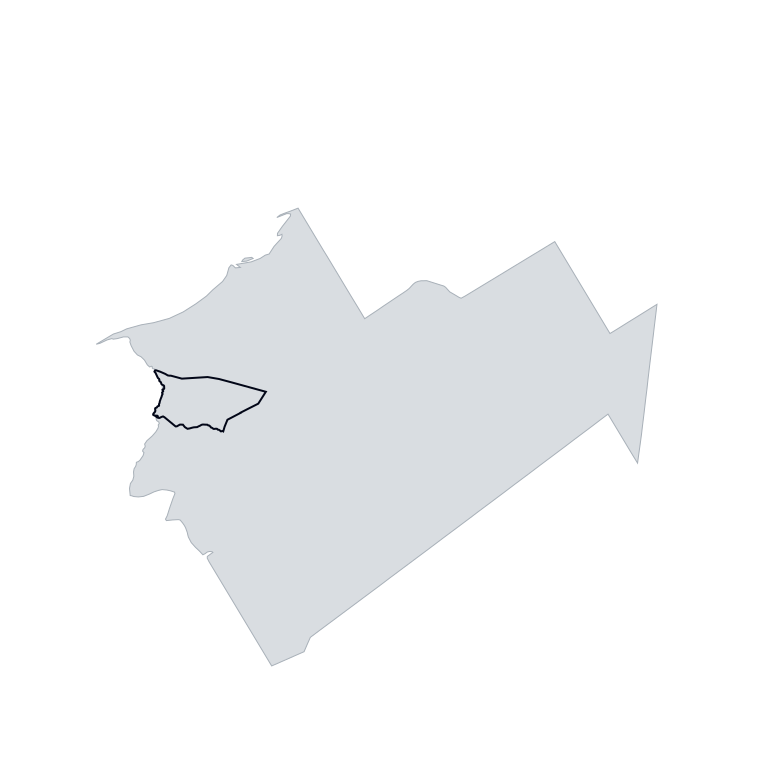 where Brakna sits in Mauritania, rotated 59°
{"feature_id": "MRT-2784", "entity_name": "Brakna", "entity_type": "Region", "adm_level": 1, "iso_a3": "MRT", "parent_name": "Mauritania", "parent_adm1": "", "projection": "equal_earth", "projection_center": [-13.723, 17.338], "detail": "fine", "context": "in_parent", "style": "outline", "palette": "ink", "viewbox_px": 768, "rotation_deg": 59, "n_neighbors": 0, "source": "natural_earth", "source_scale": "10m", "svg_char_len": 5148}
<svg xmlns="http://www.w3.org/2000/svg" viewBox="0 0 768 768"><g transform="rotate(59 384 384)"><path d="M343.0,656.2L342.3,655.8L338.7,652.6L337.0,648.8L334.2,645.9L330.4,644.0L327.9,641.8L326.7,639.3L325.3,637.7L323.8,636.8L323.6,635.9L324.0,634.7L323.6,632.4L321.3,627.4L319.2,625.1L317.4,625.5L316.4,624.8L315.8,623.7L315.5,622.1L314.3,620.7L312.2,620.1L310.5,616.4L309.2,609.5L307.5,604.2L305.4,600.3L303.9,598.9L302.9,598.7L302.5,598.1L302.2,597.0L300.6,596.6L298.3,597.7L296.3,597.3L295.3,595.5L293.9,595.3L292.1,596.8L290.2,596.4L288.1,593.9L286.9,591.5L286.7,589.1L283.0,584.3L275.9,577.1L268.2,573.8L259.8,574.2L255.1,573.9L254.1,572.7L253.0,572.8L252.0,574.1L250.9,574.4L249.7,573.7L249.0,574.2L248.7,576.1L245.7,577.0L240.1,577.0L235.6,578.2L232.1,580.4L227.2,581.4L220.9,581.0L217.1,580.2L215.8,578.9L214.0,578.6L211.7,579.3L209.5,582.9L207.7,589.3L206.1,593.0L204.9,593.9L203.6,598.7L202.8,606.7L201.7,610.2L201.8,590.2L203.6,582.7L204.2,576.2L208.2,561.7L212.8,549.9L217.2,534.2L218.8,519.0L218.4,504.1L217.2,490.9L215.1,482.2L213.0,469.6L210.0,462.9L204.5,457.1L203.2,453.7L204.5,452.5L207.9,451.6L210.1,447.1L205.5,448.8L210.9,435.0L212.6,425.5L212.4,419.4L213.4,415.5L209.4,407.3L206.3,396.9L204.7,395.2L203.1,394.4L202.9,396.8L202.0,399.0L200.0,397.7L196.6,390.1L191.9,377.8L190.2,376.5L188.7,378.2L187.8,379.8L186.1,390.1L185.6,386.0L186.4,381.2L187.6,375.3L189.0,367.1L193.2,367.1L200.7,367.1L215.7,367.1L223.2,367.1L238.2,367.1L245.7,367.0L260.7,367.0L268.2,367.0L283.2,367.0L290.7,367.0L305.7,366.9L313.2,366.9L318.1,366.9L317.8,361.1L317.6,356.5L317.3,350.3L316.9,344.1L316.6,337.9L316.3,332.1L316.0,326.4L315.8,321.0L315.5,316.1L315.1,313.2L313.5,307.6L313.1,304.8L313.6,301.9L314.6,299.1L317.5,294.1L321.9,290.2L327.0,285.7L330.8,282.3L332.8,281.4L338.9,280.2L343.6,277.6L348.3,275.1L350.2,273.7L350.4,269.0L349.9,164.3L372.7,164.3L378.7,164.3L420.6,164.3L426.6,164.3L457.1,164.3L457.1,159.4L457.0,152.4L456.8,142.7L456.7,133.1L456.4,116.1L456.3,109.0L462.4,113.7L474.6,123.2L480.7,127.9L492.9,137.4L505.1,146.9L517.4,156.4L523.6,161.1L529.7,165.9L535.9,170.7L542.0,175.4L554.3,185.0L559.5,189.0L567.5,195.4L574.9,201.4L582.4,207.4L571.0,207.5L555.9,207.5L545.6,207.5L535.1,207.5L525.2,207.5L526.2,217.3L527.4,228.1L528.5,238.9L529.6,249.7L530.8,260.5L534.1,292.9L535.3,303.8L536.4,314.6L537.5,325.5L538.7,336.4L540.9,358.1L542.0,369.1L543.2,380.0L544.3,390.9L545.4,401.8L546.5,412.8L548.8,434.7L549.9,445.7L551.0,456.6L552.1,467.6L553.2,478.6L554.4,489.6L555.5,500.6L556.6,511.7L558.8,533.7L559.9,544.8L561.0,555.8L562.1,566.9L563.2,577.6L567.2,583.3L572.3,590.4L571.0,600.4L569.5,612.4L567.8,625.5L554.0,625.5L540.4,625.5L506.5,625.5L499.8,625.5L465.9,625.5L459.1,625.5L446.0,625.5L442.2,625.2L440.8,624.2L440.2,617.4L439.1,617.8L437.7,619.8L437.0,622.0L437.3,624.8L437.1,627.2L432.7,628.1L426.9,629.7L420.7,630.9L414.4,630.5L412.3,629.9L410.0,629.1L405.0,628.1L402.3,628.0L399.2,628.2L395.6,628.8L394.4,630.0L391.7,635.1L389.0,640.9L387.3,640.9L385.3,637.7L379.9,631.6L373.3,623.7L370.3,619.7L368.8,619.2L365.6,622.0L363.0,624.8L360.2,628.6L359.0,632.3L358.0,636.7L357.5,641.9L356.5,647.9L354.3,652.7L351.6,656.4L349.6,658.1L348.9,659.0L343.0,656.2ZM207.9,438.5L205.8,442.8L204.9,441.2L204.5,438.4L206.4,434.3L207.3,432.2L209.0,431.5L207.9,438.5Z" fill="#d9dde1" stroke="#a8b0b8" stroke-width="1"/><path d="M255.6,574.4L255.0,574.3L254.7,573.7L254.4,573.1L255.0,572.2L258.2,569.5L262.7,566.3L265.3,564.9L266.3,563.7L267.0,562.5L267.2,562.3L275.3,554.5L287.2,531.6L294.7,522.9L303.9,514.0L329.8,489.3L336.1,501.9L335.2,514.1L334.7,521.6L334.9,521.6L334.0,536.6L338.5,542.6L341.8,546.2L341.2,546.5L340.9,547.0L340.8,547.8L340.5,548.3L339.2,548.6L338.1,549.2L337.5,550.0L336.5,550.2L335.8,551.0L334.9,553.0L334.0,553.6L333.3,553.8L332.7,554.2L332.4,554.5L331.9,554.8L331.5,554.7L331.1,554.7L329.6,555.2L329.3,555.6L329.0,556.0L328.0,556.3L325.6,559.9L325.2,560.7L325.0,561.6L325.0,563.2L324.8,564.7L324.7,566.4L323.2,569.3L322.6,571.1L322.0,573.4L321.2,575.5L318.4,576.9L315.3,577.3L313.7,579.8L313.6,583.4L313.0,584.5L299.4,589.3L298.0,590.1L297.6,591.9L297.5,593.8L296.8,594.9L295.9,595.6L295.2,595.9L295.4,595.1L295.4,594.6L295.1,594.5L294.8,594.5L294.5,594.6L294.2,594.9L294.0,595.2L293.4,596.3L293.2,596.6L292.6,597.1L292.1,597.5L291.8,597.7L291.6,597.7L291.3,597.6L291.0,597.4L290.7,597.0L290.5,596.6L290.4,596.2L290.1,595.0L289.9,594.7L289.7,594.3L289.2,593.8L288.9,593.6L287.6,593.1L287.0,592.7L286.9,592.0L287.1,591.2L287.1,590.8L286.9,590.4L286.6,589.9L286.5,589.6L286.6,589.2L286.8,588.5L286.8,588.2L286.6,587.9L286.3,587.7L285.6,587.4L285.3,587.1L284.7,586.2L283.4,585.1L281.5,582.8L280.3,581.1L279.5,580.4L279.3,580.1L278.7,579.1L278.5,578.9L278.1,578.8L277.3,578.8L277.0,578.6L276.8,578.2L276.7,577.4L276.6,577.1L276.3,576.9L275.0,577.0L274.7,576.8L274.7,576.5L274.9,575.7L274.9,575.2L274.7,574.8L274.5,574.6L272.4,573.5L271.7,573.6L271.4,573.8L270.5,574.4L270.2,574.6L269.9,574.7L269.5,574.8L269.2,574.8L267.8,574.4L267.5,574.4L266.1,574.9L265.7,575.0L265.3,574.9L264.4,574.3L264.1,574.2L263.8,574.2L262.7,574.6L262.3,574.7L256.6,574.1L255.6,574.4Z" fill="none" stroke="#020617" stroke-width="2"/></g></svg>